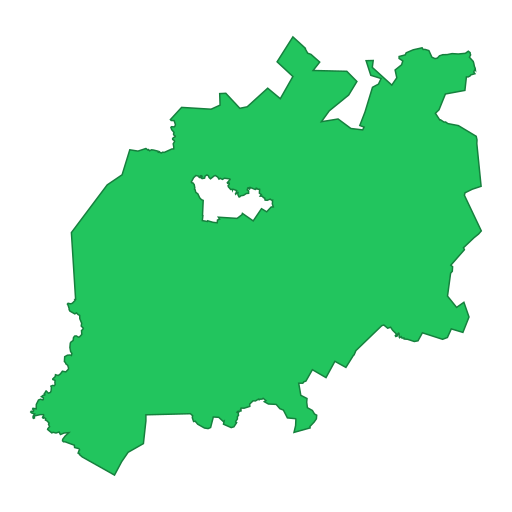 Apes pag., Apes, Latvia (Mercator projection)
{"feature_id": "27541924B88937634750122", "entity_name": "Apes pag.", "entity_type": "district", "adm_level": 2, "iso_a3": "LVA", "parent_name": "Latvia", "parent_adm1": "Apes", "projection": "mercator", "projection_center": [26.708, 57.522], "detail": "fine", "context": "isolated", "style": "filled", "palette": "green", "viewbox_px": 512, "rotation_deg": 0, "n_neighbors": 0, "source": "geoboundaries", "source_scale": "gbopen_adm2", "svg_char_len": 5935}
<svg xmlns="http://www.w3.org/2000/svg" viewBox="0 0 512 512"><path d="M468.3,51.2L465.4,53.3L458.3,54.0L452.1,53.6L447.2,54.6L442.8,54.7L439.5,55.8L437.4,58.1L435.0,58.6L431.9,57.2L428.9,50.6L425.0,49.4L423.2,49.5L422.1,47.8L413.2,49.8L406.2,52.8L405.2,54.9L399.1,56.5L399.1,58.5L402.8,60.9L401.6,64.8L395.1,70.0L396.8,77.8L391.8,85.1L372.3,67.4L373.2,60.5L366.1,60.7L370.8,75.3L381.1,78.5L378.5,84.1L372.5,87.3L365.0,112.0L359.8,125.5L364.1,127.1L362.7,129.9L350.9,128.5L338.1,119.0L321.4,121.7L329.3,110.8L348.7,95.0L356.9,81.5L346.8,71.3L313.1,70.5L319.7,62.1L311.0,54.4L307.7,53.2L305.2,48.8L305.4,48.3L292.9,36.9L277.1,61.8L292.9,76.5L280.3,98.7L267.7,88.2L247.2,106.8L239.8,108.3L225.8,93.3L219.7,93.6L220.1,105.1L211.1,109.2L181.6,107.4L170.4,119.6L171.2,120.5L174.1,120.6L175.4,124.5L175.1,125.9L174.2,126.9L171.5,126.7L170.9,127.4L171.7,129.7L174.0,132.4L173.5,134.1L173.7,134.8L175.3,136.2L175.0,136.9L173.4,137.6L172.6,138.7L172.7,139.5L174.3,140.5L174.6,141.5L173.2,143.8L173.8,147.1L173.7,148.9L171.8,149.0L164.3,152.4L162.6,152.2L161.4,153.0L160.0,152.5L159.5,151.7L158.5,152.3L158.1,152.1L158.1,151.2L153.7,150.1L151.5,149.8L149.6,150.8L148.6,149.6L148.0,150.1L145.9,148.5L138.0,151.1L129.8,149.8L122.1,174.8L107.2,184.9L71.4,232.6L75.6,299.4L74.9,299.5L75.2,299.9L74.9,300.6L72.3,303.3L70.6,303.8L68.1,303.3L67.4,304.1L68.1,305.3L69.2,308.8L69.1,309.6L69.9,311.1L74.8,313.9L76.5,312.9L78.1,314.6L79.7,315.4L79.8,318.7L81.7,323.3L81.2,326.0L83.3,328.2L82.7,329.5L81.5,330.5L81.8,334.4L79.6,336.8L78.6,337.2L76.2,335.9L74.6,336.1L73.5,337.6L73.1,340.5L70.9,342.1L70.3,343.1L69.9,347.5L70.6,351.5L71.9,353.4L71.4,355.5L70.1,355.0L67.4,355.2L64.7,356.7L64.4,361.6L65.4,362.5L65.9,363.9L67.7,365.3L68.5,367.9L68.4,369.2L65.8,371.9L62.4,371.2L60.4,373.9L58.2,375.5L55.5,374.7L55.2,376.6L52.8,378.9L52.8,379.5L55.1,380.4L54.9,382.7L55.2,384.5L54.3,385.7L52.7,385.4L50.9,386.2L51.4,387.4L51.1,390.9L50.4,392.4L48.4,393.2L46.3,391.0L45.7,391.2L45.3,392.5L44.3,393.5L44.9,394.7L44.7,395.1L43.4,395.1L41.4,396.7L43.3,397.6L43.3,399.6L42.6,399.9L40.6,399.2L38.5,400.0L36.3,404.4L36.2,408.8L33.0,408.3L32.6,409.0L33.7,410.1L33.3,411.3L31.2,411.3L30.7,412.0L31.5,412.9L34.7,414.0L33.3,415.8L33.0,416.9L33.1,418.0L33.7,418.4L34.5,417.9L34.3,416.7L34.7,415.9L40.2,414.6L43.5,414.6L43.6,415.6L42.5,417.4L42.7,417.8L43.4,418.2L44.1,417.5L45.7,418.7L45.4,420.0L46.9,420.8L49.1,423.1L48.5,424.2L49.6,426.7L47.9,428.5L47.6,429.5L51.8,432.9L53.1,432.3L56.0,433.0L59.1,432.0L60.4,434.5L64.2,433.0L68.9,432.6L65.1,436.1L62.7,439.3L62.5,440.8L63.5,441.8L65.1,441.8L74.3,445.2L74.6,447.5L78.7,448.6L79.5,449.4L79.5,450.2L78.9,450.8L78.1,453.1L79.4,453.6L79.6,453.8L79.4,454.5L82.3,457.0L114.5,475.1L121.7,461.6L128.1,452.3L143.4,443.6L145.9,420.9L145.9,414.8L190.4,413.7L192.6,415.7L192.3,417.7L193.6,421.5L195.2,421.2L197.7,424.2L204.4,428.0L208.1,428.6L210.6,427.5L213.3,417.0L218.7,417.3L223.3,421.5L224.1,421.0L223.5,424.2L231.2,427.6L233.9,426.8L236.4,423.0L236.6,422.6L235.7,422.2L235.8,421.3L237.4,419.0L237.4,416.6L238.5,415.4L238.2,412.8L237.0,412.2L237.6,411.5L238.7,411.2L239.0,411.9L240.3,410.9L240.9,411.0L241.1,409.9L240.5,409.5L241.1,408.1L244.1,408.2L249.8,406.4L249.7,404.0L253.1,400.8L255.5,400.9L258.5,399.1L259.1,399.8L259.7,399.2L262.1,399.1L263.1,398.3L266.0,400.6L264.3,401.7L268.4,404.0L276.2,404.4L279.9,408.7L283.4,410.1L287.4,417.9L295.6,418.7L295.9,419.3L295.6,425.6L294.0,432.4L310.1,427.9L309.9,426.5L314.1,422.1L316.4,418.8L316.7,415.2L314.5,414.0L312.4,410.5L307.4,407.7L306.7,402.2L307.0,398.5L300.8,395.3L298.7,383.2L302.8,383.2L303.9,381.8L305.9,381.1L312.4,369.7L326.0,377.6L334.9,361.3L345.9,367.4L353.4,355.4L354.1,354.9L355.9,350.6L381.7,325.7L383.8,325.0L387.7,328.2L390.6,327.2L392.6,330.2L396.5,334.1L395.3,335.7L395.8,336.5L397.2,336.0L398.1,333.4L398.7,333.1L399.1,333.7L399.2,336.9L399.6,337.7L401.1,336.6L402.0,338.1L404.0,338.0L404.1,339.0L407.6,339.3L414.3,341.5L418.0,340.8L422.4,332.8L442.6,339.3L447.4,337.5L451.3,328.9L462.9,332.4L469.0,317.0L463.9,302.3L456.6,307.4L447.5,296.1L450.6,273.2L452.3,271.3L452.6,266.7L450.8,265.2L464.4,249.7L463.5,247.7L473.9,237.8L478.6,234.0L481.3,230.9L464.4,195.3L465.0,192.8L472.3,189.2L481.1,186.3L476.8,143.5L477.0,139.9L476.2,136.3L458.4,125.6L447.9,123.6L445.6,122.0L444.0,122.1L440.5,119.8L439.8,120.0L435.4,113.3L439.0,109.8L445.4,94.0L464.9,90.4L466.4,76.9L468.2,76.9L470.0,76.0L470.8,74.9L474.9,73.7L473.7,72.0L474.9,69.5L475.4,70.1L475.2,68.3L474.4,66.4L473.7,63.0L473.2,61.4L469.4,57.2L470.6,55.0L470.5,54.4L470.1,53.4L470.1,52.6L468.3,51.2ZM271.2,207.0L266.7,211.8L261.5,208.7L253.2,220.9L242.4,213.4L242.0,214.7L237.1,218.4L218.4,217.2L219.6,219.2L217.5,220.0L217.2,222.8L212.9,222.3L207.7,220.8L207.5,221.5L202.3,220.6L202.9,215.5L202.5,215.3L203.2,200.4L201.5,199.7L199.7,197.8L197.8,193.8L195.8,192.4L195.1,189.7L194.5,189.2L194.8,187.8L194.2,184.6L192.9,182.9L192.0,182.9L191.3,182.0L193.6,177.7L195.9,175.5L199.0,176.3L199.1,177.3L199.9,177.6L200.5,177.2L200.7,175.7L201.6,175.7L202.1,176.4L201.3,178.0L202.1,178.6L204.6,178.1L205.1,176.1L206.9,174.9L208.3,175.7L209.1,177.5L210.5,178.8L214.2,175.9L215.3,175.5L217.7,177.0L219.0,179.1L220.2,178.3L222.5,179.4L224.4,178.2L229.8,178.9L230.1,179.5L227.3,182.7L227.6,183.3L228.9,182.9L229.3,183.3L229.2,184.4L228.1,185.5L228.3,186.7L230.7,189.5L232.3,189.3L232.5,190.0L232.7,189.3L233.7,189.4L236.7,190.6L235.9,193.4L235.5,193.8L235.7,194.2L237.1,192.5L238.0,192.5L237.8,193.5L238.0,194.9L239.0,196.9L239.7,196.9L240.7,195.8L243.6,195.3L246.3,193.5L248.6,193.3L248.6,190.9L247.2,189.9L247.8,187.9L248.5,187.8L248.7,188.6L249.5,189.1L249.9,188.6L249.6,187.5L250.1,187.4L255.3,189.5L256.0,189.2L256.0,188.3L256.7,188.2L257.8,189.2L259.6,189.3L259.4,193.2L261.3,194.5L260.2,196.1L262.3,196.2L263.5,197.7L264.7,198.0L265.1,200.1L267.2,200.3L270.2,199.1L271.2,200.0L272.5,200.2L272.2,200.6L272.6,201.7L272.3,203.7L273.3,206.9L271.2,207.0Z" fill="#22c55e" stroke="#15803d" stroke-width="1.5"/></svg>